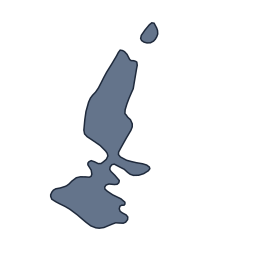 Sokh, Ferghana, Uzbekistan, rotated 32°
{"feature_id": "79887680B62053175719936", "entity_name": "Sokh", "entity_type": "district", "adm_level": 2, "iso_a3": "UZB", "parent_name": "Uzbekistan", "parent_adm1": "Ferghana", "projection": "natural_earth1", "projection_center": [71.105, 40.075], "detail": "fine", "context": "isolated", "style": "filled", "palette": "slate", "viewbox_px": 256, "rotation_deg": 32, "n_neighbors": 0, "source": "geoboundaries", "source_scale": "gbopen_adm2", "svg_char_len": 1965}
<svg xmlns="http://www.w3.org/2000/svg" viewBox="0 0 256 256"><g transform="rotate(32 128 128)"><path d="M93.1,69.0L88.2,66.1L84.6,65.1L82.4,65.2L80.1,66.1L79.8,69.0L80.1,73.1L80.3,82.1L80.3,91.9L80.7,98.1L81.2,103.5L81.7,109.7L81.5,114.7L80.6,119.0L80.3,122.6L80.9,127.0L83.6,136.2L87.1,144.1L91.7,153.2L94.3,156.0L97.9,157.0L104.6,157.2L113.7,157.6L121.3,159.4L123.8,160.5L125.8,162.4L126.2,166.1L125.1,169.6L124.0,172.4L121.6,174.0L117.5,174.4L114.1,175.2L112.8,177.2L112.6,179.0L113.5,180.5L119.1,183.2L121.8,186.3L122.3,188.5L121.3,190.2L118.2,191.8L113.5,194.6L110.5,197.6L108.5,202.9L107.7,206.6L106.6,209.4L105.7,210.8L102.3,214.8L99.0,217.8L97.7,220.2L97.4,222.7L97.8,225.6L98.8,227.1L101.2,228.8L106.0,228.8L110.1,228.5L115.7,227.9L121.6,227.7L131.1,228.5L135.5,229.2L142.4,230.2L148.3,230.7L153.6,229.7L156.7,228.2L160.3,225.2L163.4,220.8L165.7,217.6L167.8,214.9L170.6,213.4L174.5,211.2L175.9,209.1L176.2,205.9L175.0,203.6L172.5,202.7L168.0,203.0L165.5,202.8L163.4,201.2L162.6,198.6L163.5,196.9L165.5,195.6L165.7,194.1L164.7,192.6L159.6,191.8L150.3,192.8L144.0,192.6L140.8,192.0L139.5,190.4L139.7,187.9L141.5,185.6L146.5,183.1L148.6,181.5L149.2,179.4L148.9,178.2L148.3,177.1L141.9,175.1L136.5,173.9L134.4,172.7L133.5,170.4L133.8,167.6L135.5,165.9L142.2,165.4L146.7,165.0L151.0,165.8L154.3,166.1L157.7,165.3L162.1,162.4L165.5,158.4L167.9,153.5L168.1,151.0L166.8,149.8L163.5,149.5L159.3,150.6L153.5,153.0L148.5,154.7L143.9,156.1L136.9,156.6L134.0,155.6L132.8,153.4L132.5,149.4L131.9,137.2L131.7,128.5L131.0,124.8L129.4,122.2L125.7,119.7L122.0,119.0L119.5,117.9L117.7,117.4L115.9,114.0L114.3,108.1L113.1,102.2L112.2,96.3L111.6,91.9L109.6,87.1L103.7,72.8L102.6,69.9L100.6,67.5L99.2,67.4L97.2,67.9L94.9,69.2L93.1,69.0ZM99.0,45.8L101.9,43.8L103.6,40.8L104.1,38.2L104.0,35.3L103.4,32.5L101.4,29.7L99.3,28.0L94.6,25.3L92.4,26.2L91.4,29.1L90.5,35.9L90.2,42.4L91.3,45.4L93.2,46.6L96.1,46.7L99.0,45.8Z" fill="#64748b" stroke="#1e293b" stroke-width="1.5"/></g></svg>